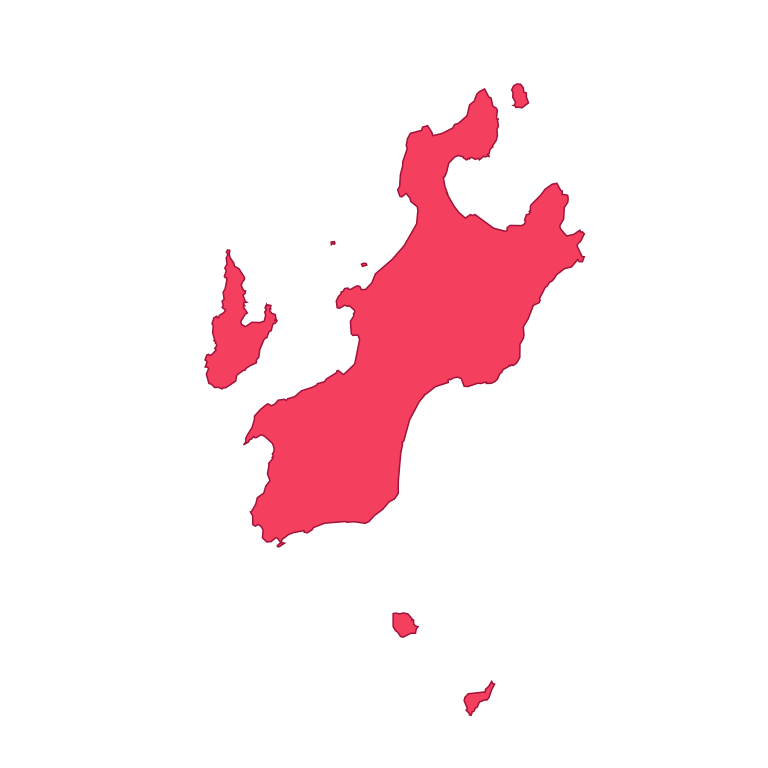 the district of Praslin, Baie Sainte Anne, Seychelles, rotated 278°
{"feature_id": "34574756B43978553392406", "entity_name": "Praslin", "entity_type": "district", "adm_level": 2, "iso_a3": "SYC", "parent_name": "Seychelles", "parent_adm1": "Baie Sainte Anne", "projection": "mercator", "projection_center": [55.728, -4.319], "detail": "fine", "context": "isolated", "style": "filled", "palette": "rose", "viewbox_px": 768, "rotation_deg": 278, "n_neighbors": 0, "source": "geoboundaries", "source_scale": "gbopen_adm2", "svg_char_len": 6156}
<svg xmlns="http://www.w3.org/2000/svg" viewBox="0 0 768 768"><g transform="rotate(278 384 384)"><path d="M307.4,255.2L304.2,253.4L307.8,257.9L310.2,258.8L311.0,260.4L313.9,262.3L312.8,263.6L313.2,265.2L316.5,269.1L316.5,270.5L315.4,273.4L309.5,282.0L304.8,284.2L301.8,284.3L298.9,283.2L297.3,284.6L295.7,283.4L295.0,284.3L289.1,280.8L287.5,281.4L278.8,281.1L272.5,284.5L266.5,281.2L259.2,280.1L253.8,274.4L247.1,273.7L239.2,270.5L238.7,269.5L235.3,272.2L226.4,273.7L225.3,276.5L227.5,279.1L225.9,281.9L222.7,284.6L214.8,285.0L211.3,289.8L212.2,294.1L216.8,298.4L216.6,299.8L212.6,303.9L209.2,300.8L208.1,301.3L208.3,302.9L212.5,307.7L212.9,304.2L215.9,304.7L221.7,310.5L224.2,314.9L227.7,325.3L226.2,325.5L225.9,328.8L229.8,333.2L232.0,334.1L237.9,344.5L242.5,365.1L241.9,366.1L243.5,374.0L243.4,384.7L245.7,388.3L252.4,392.8L259.6,400.1L268.0,405.4L271.8,410.5L277.6,413.3L289.6,411.7L318.0,410.2L327.4,410.8L328.6,410.0L330.1,411.5L351.9,414.3L371.0,421.2L378.5,425.7L379.5,425.0L379.0,425.9L380.5,427.6L388.6,435.3L394.5,447.5L396.6,446.8L397.5,447.3L397.5,449.2L399.8,452.1L401.0,455.9L400.2,459.7L392.9,463.7L393.2,467.5L397.9,477.0L398.0,480.0L399.9,484.0L400.0,485.3L398.8,485.2L399.6,490.1L401.9,493.6L404.7,495.7L410.1,497.2L411.8,498.9L414.9,499.9L418.2,504.5L420.0,505.5L419.4,506.4L420.7,507.7L420.3,509.5L423.2,512.4L429.0,514.8L442.4,513.1L448.7,515.7L451.9,515.8L460.0,514.0L468.3,517.6L482.7,521.0L486.1,526.3L488.8,527.0L490.1,526.1L502.3,530.3L503.3,531.7L508.3,534.1L508.8,535.6L512.1,537.9L516.1,539.6L523.3,546.6L526.1,553.5L534.1,558.4L532.3,560.3L532.8,563.5L537.9,564.6L537.8,562.4L547.7,555.9L550.0,556.5L552.6,558.8L560.5,561.5L562.3,559.3L561.8,557.6L563.6,556.5L558.7,551.3L556.0,544.3L562.1,537.3L565.0,536.0L572.2,538.9L583.8,538.0L589.6,540.7L592.9,540.6L596.0,539.8L596.7,538.5L596.6,534.0L599.9,533.7L600.4,532.0L606.8,527.3L605.2,522.6L599.3,516.4L593.1,513.1L582.1,504.9L580.2,504.2L576.3,504.8L575.2,503.8L574.3,504.9L571.8,503.2L571.7,501.5L565.9,500.4L564.1,501.6L561.7,500.5L560.0,498.3L558.6,486.8L555.8,484.1L553.3,484.7L552.1,483.1L553.5,470.9L564.5,450.5L563.2,448.3L563.8,446.0L559.6,441.5L564.4,434.1L570.2,428.3L581.1,419.9L581.0,420.6L588.1,416.8L597.0,414.0L597.6,415.2L602.2,416.5L611.7,417.4L618.5,422.3L620.5,425.4L620.1,430.5L619.1,430.9L617.4,434.8L618.9,435.7L618.6,437.1L619.7,437.5L620.6,439.6L619.1,442.9L620.6,446.1L619.2,447.2L623.5,451.2L622.9,452.8L624.4,455.1L623.8,456.2L624.7,456.3L625.9,454.6L626.9,456.0L631.2,456.4L634.0,458.8L634.7,458.2L641.1,461.3L645.9,461.7L651.9,460.4L654.9,461.4L661.7,459.6L662.2,460.9L662.3,458.8L663.7,458.3L670.7,458.2L672.7,456.9L674.3,453.1L682.1,450.2L682.9,447.7L690.2,442.6L686.8,437.7L683.7,435.5L676.8,434.0L672.3,429.9L661.2,428.9L652.5,421.4L650.8,417.8L647.0,416.4L640.2,406.6L636.7,397.9L639.8,396.4L645.9,391.2L643.7,386.4L640.4,385.9L635.9,375.2L630.0,373.1L623.4,372.8L620.5,374.3L607.1,371.7L602.3,372.1L593.7,371.1L581.9,372.0L578.1,370.5L572.0,373.7L571.8,375.6L575.8,379.4L571.8,383.7L568.4,385.2L564.1,392.3L560.6,393.4L547.2,394.0L523.8,384.7L508.4,374.7L491.9,360.2L482.5,357.9L475.0,352.5L474.3,348.3L476.9,346.8L477.6,345.0L477.0,342.9L473.0,337.7L472.9,336.0L474.0,335.0L473.0,331.7L469.9,330.5L469.1,328.7L467.5,329.0L464.3,326.7L459.5,325.2L453.0,327.0L452.8,329.4L456.6,334.1L455.8,337.4L456.7,338.9L452.7,344.7L451.2,345.1L449.4,344.0L447.1,344.6L441.4,342.0L429.3,344.6L427.8,346.3L428.8,351.3L424.8,353.7L399.7,352.2L388.7,343.5L387.9,342.1L391.1,336.7L390.7,335.7L388.3,335.1L381.2,326.5L377.9,324.6L375.0,317.9L373.8,317.7L371.1,314.1L365.7,303.1L359.0,297.3L356.0,290.7L354.2,289.5L354.9,287.4L353.3,281.5L348.5,278.4L346.9,275.2L348.2,271.8L347.5,270.7L341.6,265.2L334.2,260.2L330.8,260.6L322.6,259.4L314.8,255.9L310.9,254.7L307.4,255.2ZM382.9,203.4L382.2,205.0L380.3,205.7L376.0,204.5L376.0,207.1L374.7,208.1L369.0,206.7L360.1,210.6L359.9,212.8L356.9,216.9L357.7,220.3L356.6,224.4L357.5,224.7L358.4,228.0L366.2,236.7L372.3,237.0L378.0,242.9L378.5,244.6L380.3,245.2L383.3,248.6L387.3,254.7L390.3,254.3L393.1,256.3L400.7,256.2L410.5,258.7L412.1,259.3L413.7,261.6L419.5,262.7L421.2,264.9L428.0,265.6L429.1,267.9L431.7,269.3L432.7,268.5L431.9,267.3L433.9,267.8L437.7,266.6L438.3,263.2L440.5,260.8L441.9,260.5L442.6,261.5L443.3,260.8L446.0,261.1L446.2,257.8L445.0,257.2L446.4,256.6L442.8,255.6L441.0,257.2L438.8,255.8L435.8,257.2L429.7,256.7L427.6,252.6L426.7,244.6L421.5,238.9L423.1,234.9L425.0,233.6L427.0,233.9L433.8,236.9L435.3,238.8L440.6,234.1L442.2,234.2L442.2,235.1L443.4,234.0L445.4,234.0L445.8,236.6L446.5,235.2L452.2,232.0L454.3,233.8L456.8,234.0L457.3,231.8L461.6,228.9L465.3,229.6L467.9,231.2L469.9,231.1L477.8,224.5L480.0,219.4L482.7,218.5L488.0,213.8L490.9,212.7L494.9,212.7L495.0,210.5L492.7,209.5L490.5,211.4L486.7,210.2L481.0,211.9L476.6,210.2L474.2,212.1L468.3,210.9L467.2,212.0L467.3,213.3L465.5,213.9L455.9,213.4L452.6,211.9L445.5,213.9L443.5,212.1L439.3,213.9L437.2,213.0L435.2,216.8L432.4,215.5L429.1,211.5L426.8,211.0L426.8,209.2L427.8,209.0L426.0,206.4L419.8,205.3L417.8,206.8L410.7,207.2L404.4,210.1L403.4,209.5L402.7,211.2L401.1,211.2L400.1,212.6L398.2,212.9L395.8,211.4L394.4,213.0L389.2,209.4L387.9,207.3L389.0,206.3L388.1,204.5L382.9,203.4ZM157.9,425.0L145.2,426.8L141.5,429.5L140.3,431.9L136.2,435.6L136.0,438.2L140.9,445.3L141.6,449.9L145.6,450.0L148.5,451.5L148.8,448.8L150.2,446.9L154.5,446.1L154.0,444.5L155.3,444.5L159.7,439.7L160.0,435.1L158.5,431.6L158.8,427.9L157.9,425.0ZM89.0,510.6L84.9,507.7L81.5,507.4L74.4,511.7L72.4,510.7L70.1,513.9L68.3,514.6L68.1,516.5L71.6,517.0L72.3,518.5L75.7,519.6L76.8,521.2L82.3,522.7L85.4,528.3L85.2,529.7L87.8,531.5L96.4,533.2L102.2,535.3L102.5,533.5L104.5,532.0L99.1,529.7L95.7,527.0L93.2,527.2L89.0,510.6ZM697.2,470.8L692.9,469.5L690.7,471.2L686.0,471.5L681.4,475.0L678.3,474.4L677.9,473.5L677.5,475.3L676.1,476.2L676.9,478.2L676.7,482.2L682.5,488.0L688.1,485.0L692.0,484.5L692.6,481.8L696.9,480.6L699.9,477.4L699.6,473.8L697.2,470.8ZM499.4,350.4L500.9,349.4L500.7,346.9L499.5,345.0L497.5,346.4L499.4,350.4ZM517.2,311.9L514.8,312.5L515.7,313.1L515.6,315.5L516.6,315.8L518.1,315.1L517.2,311.9Z" fill="#f43f5e" stroke="#9f1239" stroke-width="1.5"/></g></svg>